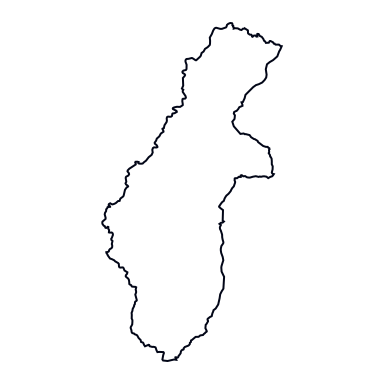 outline of Nátaga, Huila, Colombia
{"feature_id": "7082276B27593936754080", "entity_name": "Nátaga", "entity_type": "district", "adm_level": 2, "iso_a3": "COL", "parent_name": "Colombia", "parent_adm1": "Huila", "projection": "mercator", "projection_center": [-75.793, 2.578], "detail": "fine", "context": "isolated", "style": "outline", "palette": "ink", "viewbox_px": 384, "rotation_deg": 0, "n_neighbors": 0, "source": "geoboundaries", "source_scale": "gbopen_adm2", "svg_char_len": 6008}
<svg xmlns="http://www.w3.org/2000/svg" viewBox="0 0 384 384"><path d="M232.0,23.2L230.2,23.0L228.3,23.8L227.0,24.9L226.5,26.7L226.0,27.4L221.8,28.9L220.3,28.9L216.4,27.8L215.4,27.9L214.4,28.6L213.2,30.5L211.8,34.1L209.8,37.6L210.1,40.8L210.0,44.0L209.7,45.1L207.6,47.2L205.0,48.9L203.6,51.5L201.6,53.0L200.8,55.7L200.2,56.6L196.5,60.0L196.0,60.3L195.4,60.1L192.5,58.2L191.8,58.0L188.7,58.8L186.6,59.0L185.9,59.5L185.5,60.4L185.5,61.7L186.6,64.8L186.5,69.0L185.9,70.0L183.4,70.6L182.5,71.5L182.4,72.1L182.8,73.0L184.6,74.1L185.1,75.0L184.7,75.9L182.9,78.0L183.2,85.7L181.9,88.6L183.3,89.8L182.7,90.9L182.8,92.0L185.5,96.0L185.9,97.5L185.7,98.0L185.1,98.6L183.0,98.8L182.5,99.2L182.3,101.2L182.8,104.3L182.7,105.2L180.1,106.9L176.8,106.8L174.2,107.4L173.1,107.9L172.8,108.4L173.0,109.1L176.2,110.7L176.7,111.2L176.8,111.9L174.6,113.2L172.6,113.5L172.3,113.9L172.0,115.9L171.2,116.6L170.2,116.8L168.0,116.6L167.0,117.2L166.7,118.4L166.9,120.6L166.6,122.0L164.5,125.2L163.8,128.2L162.6,128.6L162.4,128.9L163.4,130.9L163.5,131.7L160.8,133.6L159.3,136.4L156.8,138.6L156.1,140.7L154.7,142.6L154.8,143.6L156.7,145.2L157.4,146.5L157.4,147.1L156.9,147.4L156.5,147.5L153.9,147.4L152.9,148.1L152.3,149.8L152.7,152.5L151.6,154.9L148.7,157.2L146.0,160.7L144.0,162.2L142.7,163.5L141.6,163.7L139.1,163.6L138.4,163.2L138.6,162.0L137.2,161.7L135.5,161.8L135.2,162.6L135.8,163.8L135.7,164.5L129.3,168.7L127.7,170.4L127.5,171.4L128.9,173.2L129.1,174.2L128.4,175.5L126.3,176.6L125.9,177.1L125.7,178.0L126.3,181.8L125.5,183.3L126.0,184.4L127.8,185.8L128.1,186.3L127.6,187.0L126.7,187.4L125.0,189.8L123.6,195.8L123.0,196.6L120.6,198.4L120.2,199.0L119.6,200.9L118.0,201.1L115.9,203.0L114.4,203.8L112.6,204.4L111.5,204.1L110.2,203.3L108.9,204.1L108.7,204.6L108.7,205.4L110.1,206.4L110.1,206.8L107.6,207.1L107.1,208.4L106.2,209.3L106.1,211.1L105.0,212.9L104.7,214.4L105.6,217.7L105.6,218.5L105.5,219.0L102.5,221.6L102.3,222.3L102.4,223.8L103.7,225.7L104.7,226.1L105.5,227.8L106.4,227.9L107.8,226.8L108.3,227.0L108.3,228.8L109.1,230.1L108.9,232.4L109.7,232.6L111.7,232.5L112.5,233.1L112.9,234.1L112.9,235.0L111.9,237.7L111.2,238.9L111.4,239.9L112.5,241.0L111.8,244.0L112.2,245.3L112.2,247.0L111.5,248.2L109.9,249.1L109.1,250.2L108.8,251.4L108.0,251.9L106.3,252.2L106.5,253.1L107.5,254.5L107.7,255.3L110.0,258.5L112.0,259.2L114.2,260.3L115.1,261.3L118.2,263.1L118.8,263.9L119.0,266.5L119.4,267.3L120.4,267.6L122.4,267.4L123.2,267.6L123.6,268.2L124.5,270.5L127.4,272.3L127.1,273.7L125.9,275.2L125.7,276.2L126.2,277.0L128.1,278.5L128.8,279.6L129.2,281.7L129.3,284.0L130.0,284.6L131.2,285.2L131.7,286.3L132.1,286.6L135.6,286.9L136.2,287.3L135.7,289.6L136.1,291.2L136.1,292.5L135.3,294.6L136.8,300.2L136.5,300.8L135.3,301.6L135.0,302.2L134.8,304.3L134.1,305.2L134.1,306.2L132.7,308.9L132.4,310.9L131.6,312.9L131.8,314.9L131.7,318.5L132.4,320.1L132.4,321.9L132.2,324.5L130.7,327.3L130.7,328.1L131.4,330.2L131.6,332.0L132.3,333.1L134.0,333.5L134.6,334.2L136.4,334.9L137.2,335.4L138.6,338.0L140.6,340.0L141.1,342.0L142.8,342.5L143.3,343.0L144.0,344.8L145.0,346.3L148.6,344.8L149.2,345.0L149.6,346.2L152.2,346.9L153.3,346.8L154.9,347.1L155.6,347.5L156.5,350.3L157.4,352.1L159.3,351.9L163.4,352.1L163.8,352.6L163.9,353.1L163.2,355.2L162.4,359.5L163.1,360.5L167.6,361.0L174.1,359.5L176.3,359.8L175.4,357.4L175.9,357.2L177.3,357.7L177.8,357.5L178.3,356.9L178.7,355.7L179.3,355.1L180.6,353.3L180.9,351.5L181.4,350.6L182.3,349.8L183.4,349.6L183.6,349.4L183.7,348.3L184.8,347.0L188.4,345.6L189.0,345.1L189.8,344.1L189.9,342.8L190.9,342.0L191.0,340.5L191.8,340.1L195.6,336.9L198.6,336.8L200.3,335.4L203.0,335.0L204.0,333.8L204.9,333.2L205.5,332.4L206.5,331.8L206.8,331.2L205.4,328.2L205.6,326.0L205.7,324.8L206.4,324.1L208.0,321.4L208.0,320.7L207.5,319.8L207.7,318.8L210.0,317.0L211.7,316.2L212.4,313.3L213.2,311.5L213.5,310.2L215.7,308.5L218.2,304.5L219.6,298.3L220.2,294.3L221.7,291.3L223.4,288.7L224.1,276.8L221.6,271.6L221.3,267.7L221.5,266.1L223.3,260.3L222.7,257.0L221.2,252.9L220.8,250.4L220.8,248.8L221.4,246.0L223.2,243.4L223.4,242.2L222.6,239.5L222.2,237.3L222.1,234.6L220.9,230.8L220.0,228.9L219.9,227.8L219.9,227.1L220.9,225.0L219.5,223.9L221.0,222.8L222.6,222.6L223.9,221.5L222.7,220.6L223.0,210.1L220.5,208.2L219.1,206.8L219.1,206.4L221.2,203.3L222.4,201.9L223.8,200.9L224.6,198.5L225.7,196.6L226.4,195.6L228.6,193.7L230.7,191.1L231.3,189.7L232.3,188.0L233.8,186.4L235.1,182.6L235.1,181.5L234.6,180.5L234.7,178.5L235.1,178.2L237.0,178.2L238.9,176.8L240.0,177.0L240.8,176.9L240.7,175.5L241.3,175.2L241.8,175.2L243.2,176.3L245.1,176.1L247.0,177.3L248.1,177.5L249.9,177.6L253.0,176.7L255.8,176.2L258.7,176.9L259.9,176.5L260.9,176.8L263.2,176.3L264.3,176.3L266.5,176.7L268.2,178.1L270.3,176.9L272.1,176.3L272.9,175.5L273.8,174.1L272.7,173.8L272.2,173.4L271.8,172.5L272.6,169.3L272.7,166.3L271.8,164.3L271.8,161.2L271.6,158.7L270.8,157.1L270.2,156.6L270.0,155.1L268.7,153.1L269.2,152.0L269.0,150.3L269.2,149.2L269.5,149.1L269.3,148.2L268.4,147.8L267.7,146.9L266.0,146.9L263.2,146.0L258.1,142.1L257.6,140.9L254.9,139.2L253.9,139.0L251.1,137.2L249.6,135.1L245.7,134.1L244.8,134.2L243.7,133.5L240.4,133.9L233.8,126.3L232.3,121.7L234.5,119.0L234.7,117.6L234.9,115.3L233.8,113.6L234.1,112.1L235.6,111.2L236.6,110.9L238.2,109.1L239.3,107.2L242.5,105.8L242.4,104.6L241.5,102.3L242.9,102.0L244.6,98.3L245.5,94.8L253.2,87.1L256.0,85.1L258.8,84.2L262.2,82.5L264.6,80.0L266.2,77.5L266.6,74.7L265.8,69.2L267.0,64.3L269.7,62.1L273.1,60.1L277.3,56.4L279.2,51.3L280.1,49.9L281.7,46.2L280.5,46.0L278.9,44.6L275.6,44.6L275.0,44.2L274.6,43.6L273.8,43.6L273.0,42.3L270.5,41.0L269.7,41.1L268.8,42.7L265.9,42.9L265.1,41.4L264.1,40.8L263.3,38.9L261.7,36.8L259.9,36.0L258.6,34.0L257.4,33.9L257.2,34.1L257.4,36.5L256.4,36.6L255.5,35.5L254.5,35.5L253.6,35.7L253.0,36.5L252.4,36.8L252.0,36.5L251.6,35.0L251.3,34.7L249.7,34.6L248.2,33.5L248.0,33.0L247.9,30.4L244.8,28.4L244.7,28.7L243.0,28.7L241.5,30.0L240.1,29.7L237.8,28.4L235.0,28.2L233.7,28.6L233.8,27.4L233.0,26.7L233.2,25.8L232.4,25.3L232.5,24.1L232.0,23.2Z" fill="none" stroke="#020617" stroke-width="2"/></svg>